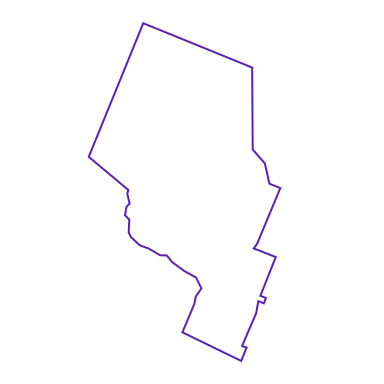 Clinch, Georgia, United States of America (orthographic projection), rotated 22°
{"feature_id": "52423323B41586767659607", "entity_name": "Clinch", "entity_type": "district", "adm_level": 2, "iso_a3": "USA", "parent_name": "United States of America", "parent_adm1": "Georgia", "projection": "orthographic", "projection_center": [-82.622, 30.883], "detail": "fine", "context": "isolated", "style": "outline", "palette": "violet", "viewbox_px": 384, "rotation_deg": 22, "n_neighbors": 0, "source": "geoboundaries", "source_scale": "gbopen_adm2", "svg_char_len": 722}
<svg xmlns="http://www.w3.org/2000/svg" viewBox="0 0 384 384"><g transform="rotate(22 192 192)"><path d="M83.6,53.8L83.1,198.1L132.3,214.0L132.5,217.6L138.5,226.1L136.8,230.3L138.5,238.6L144.2,241.1L148.4,253.1L152.3,256.7L163.8,261.1L172.6,260.6L186.0,262.6L192.4,260.3L199.8,264.4L214.6,268.2L227.8,269.8L236.8,277.8L234.7,287.5L236.1,295.3L235.7,325.7L241.5,326.1L243.0,326.2L247.8,326.5L251.0,326.8L254.5,327.0L259.0,327.3L284.7,329.1L284.8,329.1L300.9,330.2L300.9,315.8L296.1,316.0L296.9,280.4L294.4,268.4L300.3,268.3L300.3,262.6L294.3,262.6L294.0,220.9L270.5,221.2L271.8,215.2L272.4,155.3L260.7,155.3L248.8,138.2L232.4,129.9L203.2,59.1L201.2,54.1L83.6,53.8Z" fill="none" stroke="#5b21b6" stroke-width="2"/></g></svg>